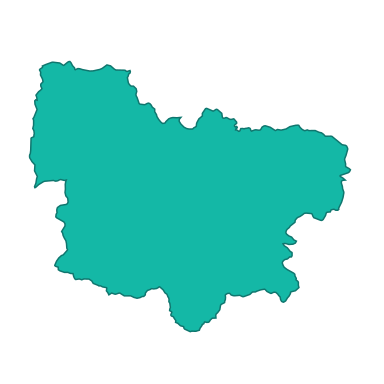 outline of Son Dong, Bắc Giang, Vietnam, rotated 86°
{"feature_id": "81297802B10167820950608", "entity_name": "Son Dong", "entity_type": "district", "adm_level": 2, "iso_a3": "VNM", "parent_name": "Vietnam", "parent_adm1": "Bắc Giang", "projection": "robinson", "projection_center": [106.856, 21.328], "detail": "fine", "context": "isolated", "style": "filled", "palette": "teal", "viewbox_px": 384, "rotation_deg": 86, "n_neighbors": 0, "source": "geoboundaries", "source_scale": "gbopen_adm2", "svg_char_len": 5999}
<svg xmlns="http://www.w3.org/2000/svg" viewBox="0 0 384 384"><g transform="rotate(86 192 192)"><path d="M330.4,194.3L328.5,193.5L325.8,191.3L324.9,191.1L324.3,189.5L322.6,188.6L322.5,188.3L323.1,186.5L323.1,184.8L322.6,183.8L320.9,182.6L319.3,180.6L319.4,176.9L316.7,176.9L315.5,176.5L314.1,174.8L311.4,172.5L306.9,171.4L306.1,170.6L304.6,167.2L302.5,166.8L302.0,166.3L299.4,165.9L297.2,166.0L296.5,165.3L295.7,163.7L295.6,162.0L295.8,161.4L297.4,160.2L298.3,158.1L298.5,156.5L298.4,151.5L299.9,148.9L300.0,147.8L298.2,141.4L296.0,138.7L296.1,135.6L295.5,134.3L294.4,130.3L294.0,126.5L294.4,125.8L296.5,124.1L298.6,120.6L298.6,119.6L298.1,118.7L297.7,117.2L297.8,116.1L298.2,115.1L300.2,113.3L301.1,112.9L302.9,111.4L305.6,111.1L307.3,110.3L307.9,109.5L308.3,108.3L307.2,106.2L304.2,104.1L302.7,102.5L300.2,100.9L298.9,100.7L298.4,99.7L297.7,95.7L294.8,92.0L292.4,92.4L289.6,92.2L288.7,92.5L286.8,94.4L285.4,94.0L283.1,95.1L281.2,95.2L280.0,96.3L275.9,102.6L273.5,105.3L271.6,106.2L269.2,106.9L267.9,106.5L266.7,105.3L265.9,104.2L265.4,101.4L263.5,99.0L263.8,97.7L263.4,97.1L262.4,96.6L259.6,96.4L259.2,96.6L258.1,98.2L254.3,100.8L252.0,103.8L250.0,104.8L249.8,103.6L250.0,101.9L251.1,99.0L251.1,94.9L250.1,92.4L248.3,91.3L246.9,93.7L243.9,95.8L242.6,98.4L240.7,100.5L239.2,101.2L238.1,101.0L236.7,100.4L235.8,99.6L234.2,97.4L232.8,96.4L229.4,91.4L227.3,91.0L225.3,89.1L224.5,87.8L224.1,86.3L222.8,83.9L221.1,81.4L221.0,79.5L221.9,74.2L222.5,73.7L224.5,73.1L226.1,72.3L229.2,65.7L229.4,64.6L229.1,63.8L228.5,63.0L224.7,60.4L222.4,59.6L221.6,58.7L221.5,55.4L219.7,54.6L219.4,53.9L219.1,51.6L220.2,49.9L220.4,47.8L220.0,47.6L219.6,46.8L218.3,46.8L212.6,43.5L207.9,41.7L203.5,40.6L202.5,40.6L199.3,41.5L196.8,41.6L193.4,42.4L191.9,42.2L190.9,41.2L190.8,38.3L188.5,40.6L186.9,42.9L186.3,43.2L185.8,42.8L183.7,34.9L182.8,33.5L180.9,32.4L179.7,33.5L177.5,36.8L176.9,37.0L174.7,36.8L170.4,37.5L169.3,37.3L166.2,35.8L160.3,33.7L159.3,33.7L157.1,34.5L156.2,35.5L155.3,39.0L146.3,48.5L146.0,49.5L145.7,55.1L143.6,56.8L142.0,58.7L141.2,61.3L139.3,64.8L138.9,71.1L138.1,72.7L138.6,74.5L138.6,75.7L137.2,77.8L135.1,79.7L133.0,80.8L132.7,81.5L132.7,84.0L133.6,89.7L135.7,93.8L136.5,98.8L135.6,102.4L136.5,104.3L136.4,104.8L132.9,109.4L131.1,114.1L131.1,115.5L132.1,117.5L134.6,119.2L135.0,120.0L135.0,121.2L134.4,124.0L134.5,125.2L135.4,128.4L134.8,129.0L133.1,129.4L132.3,130.0L131.9,131.3L132.2,132.4L132.3,134.7L132.6,135.5L132.2,137.0L132.1,138.8L132.6,139.2L134.1,139.8L134.6,140.4L134.7,141.3L133.6,142.4L133.2,143.4L133.1,144.2L132.2,143.9L131.2,142.5L130.6,142.3L129.7,143.0L130.2,144.2L129.3,145.0L128.7,145.0L127.8,144.4L126.7,142.7L125.4,142.6L122.1,145.0L121.9,145.6L122.3,147.2L122.2,149.1L120.2,152.2L120.1,153.0L120.7,154.8L120.5,155.8L119.5,156.5L115.6,156.8L111.6,160.8L111.2,161.7L111.3,162.3L112.7,164.9L112.7,165.5L109.6,171.5L109.8,172.7L114.3,176.2L116.9,176.4L119.5,180.0L122.5,181.9L123.8,182.6L126.8,183.2L127.2,183.7L128.1,185.7L129.2,187.0L129.0,190.5L128.3,193.0L126.8,195.4L123.5,198.3L120.7,199.8L119.5,199.8L118.3,199.4L116.8,197.9L116.9,201.8L116.4,205.9L116.7,208.1L117.4,210.1L119.9,213.1L121.1,213.9L121.5,214.9L121.5,216.7L120.1,218.2L117.1,220.3L114.1,221.8L112.4,222.0L109.3,223.6L106.7,223.4L104.6,225.7L102.2,226.8L100.9,227.9L100.3,229.1L100.5,230.4L101.5,232.7L101.6,233.4L100.7,237.9L100.0,238.6L93.9,240.2L92.2,241.0L90.5,241.1L87.8,240.1L85.1,240.5L82.3,243.0L82.2,244.9L81.7,245.9L79.9,247.3L78.5,247.9L73.4,248.5L71.8,247.5L70.0,247.0L69.2,245.7L68.6,245.4L67.6,245.1L66.5,245.4L67.2,248.2L67.0,249.1L66.0,250.1L65.8,250.7L65.0,259.4L64.1,260.8L60.5,264.4L59.3,268.0L62.4,272.9L63.3,275.4L64.3,282.3L64.2,285.5L62.3,292.6L61.2,295.4L60.9,297.2L61.9,300.0L61.5,300.4L60.0,300.5L57.6,302.4L54.6,303.7L53.3,304.7L53.3,305.6L53.8,306.9L56.7,311.0L56.7,311.5L54.1,314.9L52.8,321.6L52.8,322.6L54.6,328.9L55.9,332.5L56.7,332.3L57.4,332.6L58.9,335.2L59.6,335.6L61.9,334.6L64.7,335.0L68.8,333.3L71.6,332.9L73.8,335.3L75.6,335.5L78.5,334.5L80.0,336.1L81.2,338.0L84.5,340.9L86.6,340.3L89.6,340.1L89.1,341.4L90.1,342.5L93.5,342.5L98.9,340.8L106.7,344.6L107.7,345.5L109.5,345.0L112.1,345.2L114.4,345.4L117.6,346.4L119.9,345.4L123.2,345.3L124.0,345.7L125.8,345.9L126.8,348.5L127.2,348.8L139.2,350.0L142.3,350.6L143.8,351.4L145.5,351.6L146.6,351.5L150.7,349.4L154.0,346.8L159.9,347.6L165.7,345.2L167.9,346.1L172.3,347.1L175.6,348.7L176.7,348.5L176.6,347.8L173.9,344.4L171.3,339.4L171.0,338.2L170.8,329.4L171.6,327.6L171.6,326.2L171.4,325.0L170.6,323.3L170.4,322.1L171.6,318.4L171.3,316.6L172.4,317.1L175.4,317.9L180.3,318.1L183.7,318.7L186.8,318.2L187.7,317.8L188.8,316.8L189.9,316.4L193.5,316.3L194.8,317.1L195.6,318.1L196.2,324.2L198.1,327.3L199.8,328.0L201.6,328.2L203.0,328.0L204.8,329.1L207.3,329.6L208.3,328.8L212.9,321.9L214.8,320.9L217.1,321.1L222.3,324.8L224.1,323.9L226.4,323.6L229.0,322.6L231.8,321.2L234.7,320.8L239.3,320.8L240.7,320.2L241.4,320.5L245.5,324.6L245.9,325.2L246.3,326.7L248.5,329.5L251.5,331.9L255.5,334.0L255.9,334.0L256.6,333.2L257.7,330.7L260.2,330.8L261.4,329.3L263.3,324.8L263.5,321.5L264.8,318.8L265.1,316.4L268.2,315.9L270.4,315.0L271.2,314.1L270.9,311.2L271.0,310.1L271.9,308.1L271.2,306.0L271.7,300.8L273.7,298.2L276.3,296.9L278.5,292.3L279.2,291.4L279.2,289.8L280.4,287.9L281.5,283.9L282.0,283.7L284.6,284.3L286.5,283.0L288.8,282.1L287.2,279.2L288.5,276.1L288.6,275.2L287.8,272.1L287.8,271.0L290.9,266.8L291.3,260.4L293.3,256.9L293.4,256.1L294.0,254.9L294.1,253.8L293.7,251.1L292.8,249.1L292.8,247.4L291.4,245.8L289.5,245.5L287.1,243.3L286.4,240.7L285.6,239.1L286.0,236.9L285.8,234.1L285.2,232.7L284.3,231.3L284.3,230.9L287.6,227.6L290.7,226.0L292.3,224.1L294.9,223.3L295.9,222.7L297.3,222.4L299.9,222.7L301.3,221.9L305.6,221.6L307.5,222.4L308.8,222.6L309.7,221.1L310.5,220.5L312.8,221.6L313.7,221.6L314.3,221.1L314.9,219.7L315.8,218.9L316.6,218.7L319.2,217.1L320.9,217.5L322.0,215.3L324.6,212.9L325.7,209.8L327.6,209.4L328.3,208.8L331.2,203.5L330.8,201.9L331.2,197.9L330.4,194.3Z" fill="#14b8a6" stroke="#0f766e" stroke-width="1.5"/></g></svg>